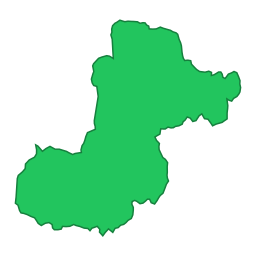 the district of Carmo do Rio Verde, Goiás, Brazil
{"feature_id": "56859067B98577330438289", "entity_name": "Carmo do Rio Verde", "entity_type": "district", "adm_level": 2, "iso_a3": "BRA", "parent_name": "Brazil", "parent_adm1": "Goiás", "projection": "robinson", "projection_center": [-49.728, -15.419], "detail": "fine", "context": "isolated", "style": "filled", "palette": "green", "viewbox_px": 256, "rotation_deg": 0, "n_neighbors": 0, "source": "geoboundaries", "source_scale": "gbopen_adm2", "svg_char_len": 2674}
<svg xmlns="http://www.w3.org/2000/svg" viewBox="0 0 256 256"><path d="M236.8,72.7L234.0,71.5L231.5,72.9L228.4,74.1L226.5,76.7L225.1,78.5L222.9,77.3L222.2,74.2L220.8,72.0L218.6,72.0L216.4,73.4L214.0,74.8L211.4,75.5L211.5,72.4L208.8,71.2L205.1,72.2L199.6,71.5L196.7,69.6L194.7,67.6L191.5,64.2L190.7,60.7L187.8,60.2L184.6,60.5L183.3,58.2L182.6,55.7L182.0,52.2L181.7,48.9L181.4,45.8L180.6,42.8L179.1,39.4L177.7,34.3L176.0,32.8L172.9,31.8L170.4,30.3L166.5,29.2L163.1,28.2L160.3,27.1L156.3,28.9L152.8,29.1L149.2,28.9L148.7,26.1L146.6,25.0L145.1,22.9L143.0,22.7L140.0,23.3L137.5,21.8L133.8,21.5L131.1,21.4L127.9,21.2L124.9,21.7L122.7,21.1L119.9,20.2L116.8,22.3L114.9,23.3L112.6,25.7L111.7,29.1L111.9,32.2L110.9,34.9L112.2,39.2L113.3,58.5L109.5,56.2L106.7,55.7L101.7,57.1L98.6,58.3L93.6,63.7L92.7,65.9L93.8,71.6L92.9,73.9L91.4,79.1L92.2,82.9L93.7,85.5L96.8,86.4L98.2,96.5L94.3,120.6L94.4,123.6L95.2,126.4L95.3,129.3L87.5,132.6L85.8,136.7L84.9,140.1L83.7,143.4L82.1,145.6L81.0,149.9L81.4,152.5L75.0,153.5L72.7,154.5L69.0,152.8L66.5,151.4L64.2,150.7L59.3,149.2L55.1,149.2L50.0,146.4L46.1,148.5L42.4,151.3L37.9,146.1L35.7,144.9L36.6,149.8L36.5,153.9L34.5,157.2L29.2,160.0L25.5,164.0L25.2,168.6L22.5,171.8L18.3,175.4L17.3,178.5L16.1,197.1L15.4,203.2L18.0,205.2L19.6,210.6L21.0,212.9L23.8,213.4L27.3,214.6L30.9,216.4L34.6,217.8L36.7,220.9L38.2,223.4L41.3,225.5L45.4,223.2L49.1,222.6L52.1,224.5L52.6,227.9L54.3,229.7L58.1,229.7L61.2,229.1L62.5,226.4L66.1,226.6L69.8,226.3L73.7,224.5L76.0,225.5L79.7,226.4L84.1,228.1L87.9,228.5L90.0,230.7L91.9,228.2L94.3,227.4L97.2,226.3L99.8,229.3L99.5,232.1L102.8,235.8L105.2,232.5L108.5,228.9L112.8,232.4L115.1,228.3L118.2,227.6L120.6,225.2L123.7,224.4L126.0,222.6L128.1,220.3L131.3,218.5L132.8,214.9L133.3,210.0L133.3,207.4L131.8,204.1L132.2,201.5L134.7,200.4L136.8,201.3L140.0,203.7L143.0,203.1L145.5,201.1L147.4,199.2L149.6,199.2L151.2,202.7L154.6,204.0L157.0,200.7L158.7,197.7L160.2,195.5L163.0,193.2L164.9,188.3L166.4,184.2L168.5,181.0L167.4,178.2L167.0,175.2L167.3,172.4L167.2,166.6L167.6,162.7L165.4,159.4L162.8,157.5L160.9,153.5L159.1,149.6L158.9,146.4L159.4,143.5L156.5,140.4L154.9,137.0L157.0,135.7L159.9,134.1L160.7,128.9L165.2,129.0L168.0,127.1L171.0,127.9L173.4,127.7L175.4,126.4L178.9,125.8L182.2,124.2L183.1,121.8L185.1,120.1L187.2,117.0L190.2,118.1L192.8,121.5L196.0,120.6L197.6,118.1L199.1,115.8L201.8,113.9L204.5,118.7L208.0,119.2L211.1,123.5L212.6,125.8L216.1,124.1L222.1,122.4L224.3,120.8L227.1,118.9L227.1,113.0L227.6,108.7L227.8,105.6L226.9,98.9L229.1,100.3L231.7,101.1L233.6,98.4L236.9,96.5L238.7,94.2L239.9,92.0L240.6,87.5L239.8,84.0L240.0,80.7L238.5,76.6L236.8,72.7Z" fill="#22c55e" stroke="#15803d" stroke-width="1.5"/></svg>